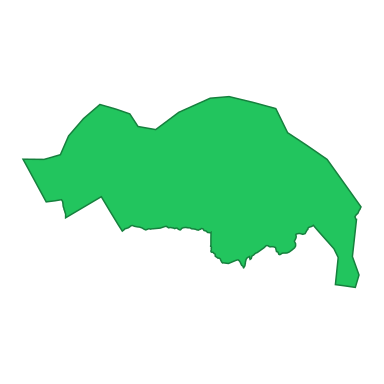 Assin Fosu, Central, Ghana
{"feature_id": "2480657B24956698199939", "entity_name": "Assin Fosu", "entity_type": "district", "adm_level": 2, "iso_a3": "GHA", "parent_name": "Ghana", "parent_adm1": "Central", "projection": "natural_earth1", "projection_center": [-1.29, 5.722], "detail": "fine", "context": "isolated", "style": "filled", "palette": "green", "viewbox_px": 384, "rotation_deg": 0, "n_neighbors": 0, "source": "geoboundaries", "source_scale": "gbopen_adm2", "svg_char_len": 5522}
<svg xmlns="http://www.w3.org/2000/svg" viewBox="0 0 384 384"><path d="M65.6,217.8L101.3,196.7L109.8,210.9L118.2,224.7L122.3,231.1L124.0,229.8L125.0,228.7L125.1,228.8L125.4,228.7L125.5,228.7L126.2,228.5L127.2,228.1L127.9,228.0L129.7,226.9L129.8,226.7L130.0,226.6L130.2,226.3L130.3,226.2L130.7,226.0L131.4,225.7L131.8,225.6L132.5,225.5L132.8,225.6L133.6,225.9L134.1,226.2L134.5,226.3L135.0,226.4L137.6,226.9L139.6,227.1L140.2,227.3L140.5,227.4L141.2,227.7L141.8,227.8L142.1,228.0L143.2,228.6L143.7,229.0L144.3,229.3L145.3,229.7L145.8,229.9L148.1,229.0L148.3,228.9L148.6,228.8L148.9,228.7L149.1,228.7L149.4,228.8L149.9,229.0L150.2,229.1L150.7,229.1L152.0,228.8L152.7,228.8L160.2,228.1L165.0,226.5L166.3,226.3L166.6,226.6L167.2,226.9L167.3,226.8L167.6,227.1L168.4,227.8L170.8,227.5L171.0,227.6L171.5,227.7L172.3,227.9L172.8,227.9L173.1,227.9L173.2,228.0L173.4,228.0L173.6,228.1L173.9,228.2L174.0,228.3L174.4,228.5L174.6,228.6L175.0,228.5L175.7,228.2L176.0,228.1L176.3,228.1L176.6,228.1L177.1,228.2L177.4,228.4L177.5,228.5L177.8,228.8L178.2,229.1L178.9,229.5L179.2,229.6L180.0,229.9L180.3,229.9L180.8,229.6L181.1,229.2L181.3,228.9L181.6,228.5L181.9,228.3L182.1,228.2L183.4,227.7L186.0,227.4L186.1,227.5L186.3,227.5L186.5,227.6L186.9,227.6L187.0,227.7L187.5,227.8L187.8,227.7L188.1,227.8L190.1,227.9L190.4,228.0L190.8,228.3L191.1,228.6L191.3,228.7L191.5,228.8L192.0,228.8L192.7,228.9L192.8,228.9L193.1,228.8L193.3,228.9L193.5,228.9L193.9,229.0L194.1,229.0L194.4,229.1L195.0,229.1L195.3,229.2L195.7,229.3L196.4,229.7L196.5,229.7L196.8,229.8L197.0,229.8L197.8,230.0L198.0,230.1L198.4,230.1L198.5,230.1L198.9,229.9L199.4,229.5L199.8,229.4L200.5,229.3L200.9,229.0L201.2,228.6L201.5,228.5L202.7,228.8L203.1,229.0L203.7,230.0L203.8,230.2L204.1,230.4L204.1,230.5L204.8,230.7L205.1,230.8L205.5,230.8L206.0,231.1L206.3,231.2L206.6,231.4L206.8,231.6L206.9,231.8L207.0,231.8L207.1,232.0L207.6,232.4L207.8,232.5L208.0,232.6L208.3,232.6L209.0,232.5L209.9,232.8L210.0,232.8L210.3,232.8L210.6,232.7L211.0,232.4L210.9,239.3L210.9,245.5L210.7,245.7L210.6,246.0L210.6,246.3L210.7,246.5L211.3,246.9L211.4,247.2L211.5,247.4L211.4,247.7L211.4,247.9L211.3,248.3L211.2,248.5L211.2,248.8L211.3,248.9L211.3,249.1L211.3,249.3L211.3,249.6L211.3,249.8L211.3,250.0L211.2,250.2L211.0,250.7L211.0,251.0L210.9,251.1L211.0,251.4L211.1,251.7L211.1,251.8L211.4,252.1L211.6,252.2L212.0,252.3L212.9,252.3L213.0,252.3L213.4,252.6L213.6,252.8L213.7,253.1L214.1,253.5L214.3,253.7L214.8,253.9L215.0,254.0L215.3,254.8L215.3,255.0L215.3,255.3L215.2,255.4L215.2,255.8L215.2,256.1L215.7,256.5L216.0,256.7L216.3,257.0L216.6,257.1L216.9,257.3L217.7,258.0L218.1,258.2L218.4,258.2L218.6,258.1L219.0,258.1L219.4,258.2L219.7,258.4L220.0,258.6L220.4,259.2L220.4,259.4L220.8,260.3L221.1,260.9L221.3,261.2L221.5,261.8L221.7,262.0L222.0,262.4L222.5,262.9L222.7,263.0L223.1,262.8L228.4,263.5L236.1,260.3L238.0,259.8L238.5,260.1L238.7,260.4L239.0,260.5L239.2,260.8L239.3,260.9L239.4,261.0L239.7,261.4L240.2,262.1L240.4,262.8L240.6,263.0L241.0,263.9L241.0,264.0L241.3,264.7L241.5,265.0L241.8,265.4L242.9,266.2L243.1,266.5L243.2,266.9L243.3,267.3L243.4,267.7L243.6,267.8L243.7,267.5L243.8,267.4L243.9,267.2L244.3,266.9L244.5,266.5L244.6,266.4L245.0,265.3L245.2,263.8L245.3,263.7L245.3,263.3L245.4,263.1L245.4,262.8L245.4,262.5L245.4,262.4L245.5,261.7L245.7,261.2L245.8,260.8L245.9,260.4L245.9,260.2L245.9,259.7L246.0,259.6L247.1,257.9L248.5,257.0L249.5,256.5L249.8,258.5L250.1,259.4L251.2,258.6L251.3,258.5L251.6,257.2L251.9,256.2L252.3,255.8L252.9,255.4L253.4,255.2L253.8,254.9L254.2,254.4L254.9,253.8L255.4,253.3L257.4,252.5L258.2,251.9L262.0,249.2L263.1,248.4L264.2,247.6L265.7,246.1L266.2,245.7L266.6,245.6L267.1,245.6L267.7,245.7L268.3,245.8L268.6,246.1L269.2,246.6L269.5,246.7L269.9,246.8L270.2,246.9L270.7,246.7L273.2,246.7L275.5,247.5L276.5,251.6L276.9,251.7L277.0,251.6L277.3,251.6L277.5,251.8L278.0,252.3L278.3,252.8L278.6,253.8L278.7,254.1L278.9,254.2L278.9,254.3L279.4,254.6L279.6,254.6L279.9,254.6L280.2,254.5L280.6,254.3L280.9,254.1L281.0,254.0L281.2,253.9L281.6,253.5L281.8,253.5L282.3,253.2L282.6,253.2L282.8,253.1L286.9,253.0L289.1,252.1L291.9,250.1L294.6,247.8L295.6,246.0L295.6,243.7L294.5,241.6L294.4,241.2L294.5,240.9L295.2,239.7L295.4,239.2L295.6,238.9L296.0,237.8L296.1,237.2L296.2,236.9L296.1,235.9L296.0,235.4L295.8,235.1L295.8,234.8L295.9,234.5L296.3,234.1L296.7,233.9L297.2,233.8L297.8,233.7L298.2,233.6L298.6,233.5L300.0,233.5L302.8,234.3L305.1,233.6L307.1,230.0L307.4,229.8L307.5,229.7L307.8,229.5L308.0,228.2L308.6,227.5L309.3,227.1L309.6,227.1L310.2,226.9L310.5,226.8L311.2,226.6L311.3,226.6L311.8,226.3L312.3,226.1L312.6,225.9L312.9,225.6L313.0,225.6L313.3,225.3L318.8,231.7L333.9,248.7L338.2,257.5L335.4,284.6L345.0,285.9L355.3,287.4L359.0,275.0L352.4,256.6L356.5,219.5L356.0,219.5L355.9,219.1L354.9,216.8L356.3,214.7L356.9,214.1L357.0,214.1L357.3,213.9L357.7,213.5L357.9,213.3L359.2,210.3L359.2,210.2L359.7,209.7L359.9,209.5L359.9,209.3L360.1,209.0L360.4,208.1L360.7,207.6L360.9,207.1L361.0,206.9L346.2,186.1L327.1,159.4L306.7,145.3L287.6,132.7L275.8,108.6L255.0,102.9L229.1,96.6L210.2,98.2L178.8,112.3L155.7,129.6L138.0,126.5L129.8,113.9L116.2,109.2L99.9,104.5L83.5,118.6L68.6,135.9L60.4,154.7L44.1,159.4L23.0,159.2L27.4,167.2L46.2,201.9L54.9,200.8L61.5,199.7L62.5,201.4L62.7,201.9L62.9,203.0L62.9,203.6L63.0,203.8L63.0,204.3L63.1,205.7L63.2,206.3L63.4,207.1L63.9,208.3L64.0,208.8L64.0,209.2L64.1,209.3L64.1,209.7L64.2,209.9L64.3,210.0L64.7,211.1L65.1,212.7L65.5,213.7L65.6,214.1L65.6,217.8Z" fill="#22c55e" stroke="#15803d" stroke-width="1.5"/></svg>